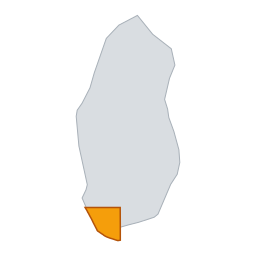 97, Ar Rayyān, Qatar shown in context
{"feature_id": "91078587B85294401922232", "entity_name": "97", "entity_type": "district", "adm_level": 2, "iso_a3": "QAT", "parent_name": "Qatar", "parent_adm1": "Ar Rayyān", "projection": "albers", "projection_center": [50.974, 24.595], "detail": "fine", "context": "in_parent", "style": "filled", "palette": "amber", "viewbox_px": 256, "rotation_deg": 0, "n_neighbors": 0, "source": "geoboundaries", "source_scale": "gbopen_adm2", "svg_char_len": 1091}
<svg xmlns="http://www.w3.org/2000/svg" viewBox="0 0 256 256"><path d="M138.6,222.3L127.6,225.1L117.3,228.1L108.7,228.0L101.8,226.8L97.2,224.0L88.4,212.7L82.1,198.0L86.0,189.8L87.3,184.7L78.9,146.0L76.2,116.3L77.2,110.2L82.1,103.2L90.0,87.8L94.3,72.8L106.3,38.4L118.9,25.1L137.4,15.4L152.7,34.3L171.3,48.8L174.9,65.1L169.5,78.3L164.6,99.4L167.6,109.1L168.8,117.5L173.9,131.5L178.9,149.8L179.8,162.5L177.2,174.3L170.7,184.3L158.0,214.1L154.2,217.2L138.6,222.3Z" fill="#d9dde1" stroke="#a8b0b8" stroke-width="1"/><path d="M85.1,207.5L86.0,209.0L86.9,210.4L87.7,212.1L88.6,213.6L89.5,215.4L90.5,217.2L91.4,218.8L92.2,220.4L93.0,222.1L93.9,223.9L94.9,225.8L95.8,227.6L96.7,229.3L97.2,230.5L97.9,231.2L99.8,232.4L100.1,232.7L100.6,233.0L101.4,233.6L102.1,234.0L102.7,234.4L103.2,234.7L103.7,235.2L104.8,235.9L105.3,236.2L105.8,236.4L106.3,236.7L107.5,237.2L108.9,237.7L109.9,238.1L110.9,238.4L112.3,238.8L114.7,239.6L115.5,239.9L116.2,240.1L117.2,240.4L117.9,240.6L119.6,240.3L119.8,240.3L120.3,240.2L120.3,225.8L120.2,207.5L85.1,207.5Z" fill="#f59e0b" stroke="#b45309" stroke-width="1.5"/></svg>